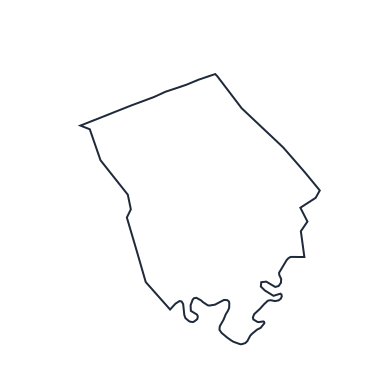 Berkeley, West Virginia, United States of America (Albers equal-area conic projection), rotated 119°
{"feature_id": "52423323B11679801882970", "entity_name": "Berkeley", "entity_type": "district", "adm_level": 2, "iso_a3": "USA", "parent_name": "United States of America", "parent_adm1": "West Virginia", "projection": "albers", "projection_center": [-77.931, 39.442], "detail": "fine", "context": "isolated", "style": "outline", "palette": "slate", "viewbox_px": 384, "rotation_deg": 119, "n_neighbors": 0, "source": "geoboundaries", "source_scale": "gbopen_adm2", "svg_char_len": 1475}
<svg xmlns="http://www.w3.org/2000/svg" viewBox="0 0 384 384"><g transform="rotate(119 192 192)"><path d="M194.4,62.2L173.5,77.8L161.9,76.7L153.2,89.6L137.1,81.0L128.7,81.0L120.0,103.0L108.8,133.9L94.7,189.1L78.4,226.2L77.6,228.9L90.7,240.8L100.9,248.9L117.4,264.0L127.1,271.1L145.3,286.7L160.6,299.3L161.5,300.0L188.0,321.8L186.7,311.8L208.6,287.4L225.5,246.8L236.8,237.1L245.9,236.6L271.7,210.4L293.2,188.8L305.4,154.2L297.6,152.3L293.4,150.0L293.0,148.6L292.8,148.0L294.3,145.4L303.3,139.1L305.5,136.6L306.4,132.1L306.3,130.7L305.4,128.3L304.4,127.4L300.8,125.8L298.9,126.2L297.7,126.9L296.8,128.3L296.5,135.4L291.8,138.3L285.8,139.2L283.8,138.7L283.1,137.7L282.4,136.8L282.4,131.6L283.0,129.1L283.4,124.2L283.4,123.0L282.8,121.6L279.4,117.3L270.9,111.7L269.5,108.8L269.7,107.3L270.1,106.4L271.1,105.5L275.4,103.3L278.7,103.0L282.6,103.2L288.2,102.5L295.9,102.6L299.2,101.2L300.1,99.4L300.9,97.8L302.3,90.3L302.8,85.9L302.9,83.1L301.7,75.8L300.7,74.4L298.2,72.1L295.5,71.3L289.5,71.4L287.1,70.8L280.9,68.4L277.5,66.1L271.7,65.1L270.6,66.0L270.6,66.8L273.5,70.7L273.9,72.0L273.7,76.5L272.3,77.9L268.7,78.4L267.8,78.1L261.4,76.0L255.0,74.5L250.4,73.0L248.6,71.0L247.1,66.4L244.8,63.7L242.2,62.6L239.7,62.9L238.3,64.1L238.1,65.4L243.3,70.4L242.8,80.6L241.3,86.0L237.3,87.7L234.4,83.6L234.7,73.2L232.3,70.7L228.3,70.2L224.9,71.8L222.1,75.6L220.3,76.7L211.8,76.4L205.6,76.2L203.2,75.6L201.3,74.5L200.6,73.6L194.4,62.2Z" fill="none" stroke="#1e293b" stroke-width="2"/></g></svg>